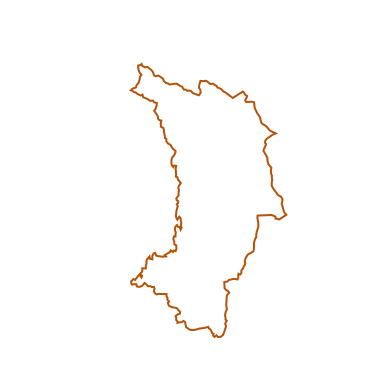 the district of Rio Branco do Sul, Paraná, Brazil, rotated 234°
{"feature_id": "56859067B90191721283188", "entity_name": "Rio Branco do Sul", "entity_type": "district", "adm_level": 2, "iso_a3": "BRA", "parent_name": "Brazil", "parent_adm1": "Paraná", "projection": "mercator", "projection_center": [-49.343, -25.056], "detail": "fine", "context": "isolated", "style": "outline", "palette": "amber", "viewbox_px": 384, "rotation_deg": 234, "n_neighbors": 0, "source": "geoboundaries", "source_scale": "gbopen_adm2", "svg_char_len": 4556}
<svg xmlns="http://www.w3.org/2000/svg" viewBox="0 0 384 384"><g transform="rotate(234 192 192)"><path d="M228.0,295.0L230.1,293.4L231.4,290.9L233.1,288.7L234.7,288.8L235.7,290.2L236.3,291.8L237.3,293.0L239.1,292.2L241.8,292.5L243.4,292.1L244.1,280.3L253.0,277.5L254.7,276.5L258.3,276.1L261.7,274.0L263.4,274.3L264.8,273.4L267.1,272.9L268.6,270.3L271.2,269.6L273.7,268.8L274.8,266.6L276.9,264.1L274.4,260.9L272.3,258.9L269.8,258.8L267.1,257.2L266.2,254.4L268.3,252.9L271.5,250.8L274.1,250.6L275.7,249.5L276.6,247.7L278.5,247.1L279.8,245.6L283.0,245.9L284.7,244.8L287.0,244.0L288.6,243.3L289.6,241.9L291.1,238.9L292.2,236.9L294.1,236.3L295.4,235.0L298.5,234.4L300.5,235.2L303.5,234.2L306.2,233.1L306.9,230.8L308.4,229.8L312.1,230.9L314.2,230.9L319.4,229.4L320.6,227.1L323.2,225.9L325.2,226.5L325.0,224.8L326.0,222.8L324.3,221.5L321.3,220.2L318.6,219.8L316.6,220.0L315.9,217.8L313.9,215.8L311.7,213.0L311.0,209.9L309.5,208.1L310.6,204.7L310.2,202.3L309.0,203.3L306.9,203.8L305.3,205.1L303.8,205.4L302.0,206.2L300.1,207.3L299.9,209.2L297.3,208.2L293.5,210.6L290.3,211.8L288.8,214.2L286.9,214.0L284.8,215.9L282.9,214.4L280.6,211.2L280.0,209.2L273.5,208.9L271.0,207.6L269.3,207.8L267.8,209.2L265.9,207.1L263.1,205.2L260.6,206.5L258.8,205.8L257.0,204.6L253.0,202.8L251.7,201.8L250.0,202.4L248.1,201.0L245.3,201.1L242.8,202.3L238.9,201.9L234.7,202.8L233.2,201.2L232.0,198.5L231.7,196.5L230.0,194.2L228.6,193.2L227.3,192.2L225.3,191.4L223.1,191.5L223.9,193.1L222.4,194.6L219.9,191.9L218.4,191.4L217.2,190.3L215.5,189.5L213.9,188.0L212.5,188.9L210.7,188.0L208.1,188.1L205.7,188.1L204.8,185.2L203.4,183.3L200.9,182.4L199.2,180.6L197.0,179.0L196.0,175.5L194.2,174.8L192.5,175.5L191.3,174.2L191.1,172.5L188.9,172.2L187.3,169.9L185.6,168.1L182.0,164.8L179.8,164.0L178.2,163.9L179.5,167.2L177.8,167.4L173.8,165.5L172.4,164.3L171.3,163.1L169.2,162.7L168.2,160.6L170.8,161.4L172.1,160.2L174.1,160.4L173.6,158.0L171.6,156.0L168.8,155.1L167.4,153.7L165.7,152.5L166.7,151.3L165.1,149.4L162.6,148.6L159.9,147.0L158.1,147.9L155.1,145.9L153.8,144.0L155.4,142.8L154.7,141.2L157.3,140.4L156.4,138.9L156.5,137.2L156.8,134.8L156.9,132.8L155.3,133.0L156.8,130.4L159.1,127.8L161.5,125.7L164.3,126.5L164.9,124.8L163.5,122.2L160.8,120.4L162.8,118.7L164.8,119.7L163.9,115.9L162.8,114.4L160.8,113.2L159.4,111.2L157.3,109.7L159.5,107.0L156.9,105.0L156.4,102.0L153.4,102.4L152.5,100.9L154.4,101.0L156.0,99.9L155.3,97.6L154.3,94.2L156.0,93.5L155.5,90.3L153.9,89.2L152.4,89.0L151.3,91.2L150.1,92.7L148.0,91.9L146.1,93.6L145.4,96.9L146.3,100.1L144.9,100.6L141.6,101.0L140.4,102.9L138.6,103.7L137.7,105.4L135.8,104.9L134.1,102.7L131.8,102.6L130.1,103.0L129.3,105.0L127.1,107.7L125.4,110.1L124.3,111.4L122.8,110.1L120.8,110.0L119.2,108.7L117.0,109.2L116.5,107.3L113.7,106.4L111.1,107.7L107.1,111.4L103.9,111.7L102.0,111.9L100.7,110.7L101.4,108.6L101.2,105.7L99.5,105.4L98.0,104.0L96.1,104.2L94.6,103.3L94.2,104.8L92.8,107.0L92.7,109.3L90.9,110.0L88.9,109.0L86.1,107.8L83.6,108.7L82.0,109.2L80.9,110.2L79.1,112.6L78.1,115.2L77.1,117.9L75.7,120.2L74.1,123.6L73.3,125.9L71.7,125.5L70.3,126.0L67.8,125.9L66.1,125.3L64.6,126.1L63.4,124.7L61.5,125.1L61.7,127.5L59.5,127.8L58.0,129.8L58.1,133.0L59.9,135.9L61.7,138.3L63.2,140.5L65.8,141.4L66.8,142.8L67.4,144.5L69.1,144.2L71.0,145.4L72.9,146.3L75.3,148.9L76.7,151.4L80.5,153.2L84.1,156.3L87.8,159.4L88.7,163.0L91.0,162.8L93.0,161.9L95.0,161.8L96.9,163.1L98.2,163.9L100.1,165.1L98.8,168.1L99.1,170.4L98.2,172.1L97.6,174.0L96.5,175.6L94.5,177.4L95.4,179.1L96.9,180.0L98.5,181.5L96.9,182.3L97.5,184.4L99.5,185.8L100.1,188.3L101.2,189.8L102.0,191.9L103.1,193.3L105.0,193.9L106.6,196.0L108.5,199.9L108.5,201.7L108.0,203.8L108.0,206.8L109.2,208.3L111.5,210.1L114.3,212.1L116.9,215.4L117.7,217.5L119.6,218.8L121.7,220.9L123.3,223.1L124.9,225.3L126.2,226.1L127.9,227.4L129.4,228.2L131.0,228.9L132.7,229.7L134.4,231.2L126.7,242.7L124.8,244.1L123.0,245.0L121.4,243.9L120.1,245.4L118.5,246.4L118.1,254.9L120.1,254.7L122.2,254.9L127.0,256.7L129.6,257.5L131.9,260.1L133.7,261.1L136.2,261.2L138.3,260.0L140.1,259.7L147.6,259.8L150.2,260.2L152.5,261.8L154.7,264.1L156.8,265.0L158.3,266.3L160.0,266.6L161.8,267.6L163.5,269.0L165.1,270.5L169.6,270.1L171.5,270.9L173.5,271.7L175.4,273.1L178.7,273.6L183.4,274.0L184.7,275.9L185.8,277.9L187.2,280.1L189.1,280.0L190.5,281.6L191.1,283.7L191.1,285.8L191.0,287.9L191.0,290.7L190.2,294.2L193.6,292.3L196.0,291.1L197.9,291.0L199.9,290.9L202.1,290.6L204.4,289.5L207.0,288.7L209.2,289.5L212.7,291.0L217.8,291.1L220.4,291.7L222.4,292.0L224.1,292.6L225.9,293.7L228.0,295.0Z" fill="none" stroke="#b45309" stroke-width="2"/></g></svg>